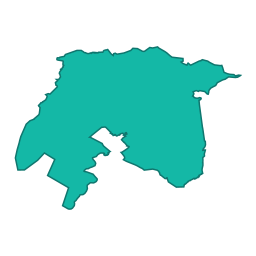 outline of Aknīstes pag., Aknistes, Latvia
{"feature_id": "27541924B26802914642093", "entity_name": "Aknīstes pag.", "entity_type": "district", "adm_level": 2, "iso_a3": "LVA", "parent_name": "Latvia", "parent_adm1": "Aknistes", "projection": "robinson", "projection_center": [25.758, 56.171], "detail": "fine", "context": "isolated", "style": "filled", "palette": "teal", "viewbox_px": 256, "rotation_deg": 0, "n_neighbors": 0, "source": "geoboundaries", "source_scale": "gbopen_adm2", "svg_char_len": 5608}
<svg xmlns="http://www.w3.org/2000/svg" viewBox="0 0 256 256"><path d="M17.9,170.0L24.5,169.9L37.6,160.3L44.4,153.0L54.8,159.4L47.6,175.5L68.6,187.7L62.6,205.7L68.2,208.9L69.2,209.1L71.1,209.0L72.5,208.1L74.3,205.7L74.6,203.8L74.3,202.1L74.6,201.6L76.0,200.5L76.9,199.1L78.7,196.9L79.3,196.5L79.9,195.0L80.2,194.8L83.0,194.6L84.8,193.4L86.5,191.0L87.4,188.6L87.1,186.3L87.3,185.1L90.4,182.7L93.5,182.9L94.1,182.7L95.8,181.8L96.3,181.4L97.1,180.1L97.2,179.7L97.1,178.8L94.8,176.3L93.1,174.2L87.0,172.0L84.2,171.4L84.0,171.2L84.3,170.4L86.4,168.7L88.2,168.7L89.7,167.8L92.3,166.9L95.0,165.6L95.7,163.5L95.3,162.2L94.3,160.8L93.0,159.4L92.5,158.0L92.6,157.7L96.3,156.5L97.9,154.5L100.3,153.1L101.8,153.0L103.3,153.1L104.2,153.3L104.4,153.6L104.1,153.8L104.0,154.2L104.2,154.6L103.9,154.7L103.9,154.8L104.2,154.9L104.4,155.1L104.9,155.2L104.9,155.4L105.4,155.4L105.7,155.5L106.4,155.3L106.4,155.2L106.2,155.1L106.4,155.0L107.1,154.9L107.5,155.1L107.7,154.9L107.8,154.7L108.4,154.4L108.4,154.0L108.0,154.0L108.0,153.8L108.1,153.6L108.4,153.6L108.8,153.3L108.6,152.8L108.4,152.7L109.3,152.2L109.3,151.9L109.5,151.7L110.1,151.5L104.0,146.4L103.8,146.3L102.4,144.2L102.4,143.9L102.2,143.5L91.2,137.8L90.5,137.4L89.6,137.2L91.1,136.0L91.9,135.2L101.8,127.2L102.2,127.3L105.0,127.0L105.9,127.4L109.7,131.3L110.8,132.1L110.9,132.3L110.7,132.5L110.2,133.1L110.5,133.3L111.1,133.5L111.5,133.9L112.4,133.8L112.5,134.0L112.1,134.2L112.1,134.3L112.5,134.5L112.6,134.8L112.9,134.9L113.2,135.5L114.9,135.1L115.0,135.0L114.8,134.6L115.0,134.5L115.3,134.6L115.7,134.9L115.8,135.4L115.9,135.5L116.8,136.0L119.1,134.8L119.4,135.1L119.7,135.0L119.7,134.7L120.2,134.3L120.2,134.0L120.4,133.8L122.8,133.2L123.3,134.0L123.8,134.3L124.2,134.3L124.6,134.2L125.3,133.6L125.2,133.2L125.3,132.9L125.7,132.7L126.4,132.7L126.9,134.0L123.8,135.3L125.6,136.2L122.9,138.0L121.5,139.7L123.9,142.3L124.1,142.2L126.4,144.8L126.7,145.3L126.7,145.5L127.0,145.6L126.8,145.9L129.0,146.5L129.0,146.9L127.9,148.1L126.8,149.0L122.0,152.2L121.1,152.4L122.7,154.3L124.4,156.6L124.7,158.1L124.6,158.4L124.3,158.6L123.4,159.7L126.4,161.3L135.3,164.9L137.2,165.8L140.5,167.7L142.3,168.5L144.2,170.1L152.7,169.1L157.2,170.2L158.8,171.4L158.9,171.9L159.7,173.0L159.6,173.6L160.4,175.2L161.0,175.2L162.2,176.3L165.1,178.6L166.2,178.6L166.3,178.3L166.5,178.2L166.6,177.9L167.0,177.8L168.4,181.9L176.3,187.1L183.8,186.9L184.3,184.7L184.6,184.3L185.4,184.1L187.5,182.1L187.9,182.0L188.0,181.5L189.9,180.5L190.3,180.5L190.3,180.3L190.6,180.2L192.6,179.2L193.4,178.6L193.8,178.6L193.9,178.4L194.2,178.4L194.3,178.7L194.6,178.7L194.6,179.0L194.8,179.0L195.0,178.9L195.7,178.6L195.7,178.4L196.5,178.1L197.9,177.3L198.1,177.4L198.3,177.0L198.6,176.8L198.3,176.7L198.8,176.3L199.0,176.4L199.0,175.9L199.5,175.5L199.3,175.3L199.9,175.1L200.2,174.7L200.8,174.5L201.2,174.2L201.4,174.2L201.4,173.8L201.5,173.7L201.8,174.0L202.1,173.6L202.7,173.4L202.0,170.1L202.2,168.4L202.9,165.4L202.9,162.8L202.7,162.7L202.8,162.5L202.9,160.0L202.8,157.6L202.9,157.4L203.5,157.0L204.5,156.0L204.3,154.0L205.4,150.0L205.1,149.9L202.9,150.3L203.2,149.0L204.5,147.4L205.1,146.2L205.3,145.6L205.5,144.6L205.3,141.3L204.5,140.9L203.1,131.0L202.6,127.8L202.5,127.7L199.4,104.7L199.0,100.3L199.8,100.1L201.1,98.9L201.1,98.3L200.9,97.9L199.5,97.6L198.0,98.2L195.9,98.1L194.1,97.5L193.4,96.2L192.7,96.1L193.9,93.9L193.1,91.8L196.2,90.6L198.5,91.4L199.6,90.6L204.7,91.5L207.2,94.0L208.2,94.2L208.7,92.5L208.8,91.1L209.1,90.2L210.8,88.1L213.1,86.8L215.7,85.5L217.3,82.7L222.7,79.9L225.2,79.2L228.6,76.9L235.3,77.5L237.6,77.2L240.4,75.6L240.6,75.4L238.6,75.1L235.4,75.9L233.9,74.6L229.9,74.3L227.4,73.7L224.0,72.3L222.7,67.8L221.8,65.4L220.3,65.6L214.5,64.9L209.6,62.4L207.7,61.1L203.4,60.0L202.6,59.7L201.9,60.1L201.4,60.1L201.0,60.7L199.3,61.0L191.0,65.0L190.5,65.1L188.1,63.1L187.1,64.5L187.0,65.0L186.3,64.9L182.6,63.3L181.1,62.0L183.1,61.1L183.0,58.5L172.0,57.2L170.1,55.8L166.8,52.9L164.6,51.4L159.0,48.2L157.6,46.9L152.6,48.0L149.8,47.5L144.5,51.3L144.0,51.4L142.5,51.3L137.5,48.6L132.9,48.3L130.7,50.5L123.9,53.0L117.0,54.2L115.2,53.2L113.7,53.7L113.2,55.5L111.0,53.8L107.7,49.5L106.3,50.0L106.0,49.9L104.2,50.4L103.8,50.6L103.3,51.2L103.0,52.0L102.4,52.3L101.6,52.2L101.3,52.1L100.9,52.3L100.3,52.2L100.0,52.3L99.5,52.3L99.2,52.2L98.9,52.4L98.4,52.3L98.3,52.5L98.2,52.7L97.9,52.6L97.1,53.0L96.5,52.7L95.9,52.9L95.8,52.6L95.3,52.8L95.1,52.8L95.2,52.5L95.0,52.4L94.3,52.4L93.5,52.5L93.2,52.3L92.8,52.4L92.9,52.5L92.5,52.4L92.2,52.5L91.7,52.8L91.8,53.0L91.6,53.1L91.3,53.3L91.2,53.1L90.8,52.9L90.3,53.2L90.0,53.1L89.7,53.3L89.2,53.5L88.0,53.6L87.0,53.4L86.2,53.1L85.6,52.7L84.9,52.7L83.9,52.3L83.4,51.8L81.2,50.4L77.0,50.4L65.4,54.5L64.2,56.4L59.9,57.2L59.8,57.5L59.4,57.8L57.4,57.8L57.0,58.2L56.9,59.5L57.0,59.7L57.3,59.7L57.6,60.0L62.7,60.9L63.2,61.3L62.9,64.3L63.4,64.8L63.8,65.3L63.6,65.7L62.9,66.1L63.2,66.9L63.2,67.1L62.0,68.2L61.9,68.5L62.0,68.8L61.9,69.1L61.4,69.1L60.9,69.1L60.6,69.3L61.1,70.0L59.6,72.2L59.3,73.3L59.5,73.9L59.9,74.1L60.5,77.0L58.8,79.3L58.1,79.5L56.6,79.5L57.2,80.0L57.3,80.4L57.7,80.3L57.6,80.6L57.4,80.7L57.1,81.2L56.6,81.6L55.9,82.0L55.8,82.4L55.4,82.7L56.0,85.3L56.7,85.5L56.9,85.6L57.3,86.6L57.3,86.9L50.0,94.1L48.6,93.7L48.1,93.7L45.7,94.6L46.8,95.7L47.2,96.3L46.6,98.1L45.6,100.0L45.2,100.2L44.0,100.9L43.5,101.6L42.9,101.6L42.7,101.7L42.0,102.6L41.8,102.7L41.0,102.7L40.5,103.2L40.2,103.7L38.5,105.5L38.7,106.0L39.5,106.9L40.1,107.7L39.8,109.3L39.8,109.9L39.3,113.6L38.7,114.9L34.1,118.8L34.2,119.1L29.9,120.8L26.2,124.2L20.8,136.6L19.6,140.9L19.3,142.4L17.2,149.7L15.5,157.4L15.4,158.0L17.9,170.0Z" fill="#14b8a6" stroke="#0f766e" stroke-width="1.5"/></svg>